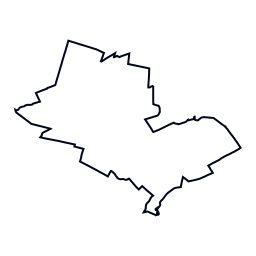 Sagu, Arad, Romania (Mercator projection)
{"feature_id": "2599482B52260231187564", "entity_name": "Sagu", "entity_type": "district", "adm_level": 2, "iso_a3": "ROU", "parent_name": "Romania", "parent_adm1": "Arad", "projection": "mercator", "projection_center": [21.357, 46.043], "detail": "fine", "context": "isolated", "style": "outline", "palette": "ink", "viewbox_px": 256, "rotation_deg": 0, "n_neighbors": 0, "source": "geoboundaries", "source_scale": "gbopen_adm2", "svg_char_len": 5094}
<svg xmlns="http://www.w3.org/2000/svg" viewBox="0 0 256 256"><path d="M212.8,172.9L211.6,170.9L211.4,170.7L211.2,170.4L210.4,169.2L210.2,168.7L210.0,168.3L209.7,167.8L208.3,165.7L212.1,163.5L213.9,162.6L214.4,162.3L215.5,161.8L216.8,161.1L217.4,160.8L218.9,160.1L219.8,159.5L221.5,158.2L222.2,157.8L223.4,157.1L223.7,156.9L225.5,156.0L226.8,155.3L228.4,154.6L229.9,153.9L232.1,152.7L233.8,151.9L235.0,151.2L236.3,150.5L238.3,149.4L240.6,147.8L239.2,145.7L236.9,142.2L234.9,139.4L234.6,138.9L232.6,136.2L232.4,135.9L230.8,134.0L230.5,133.5L230.2,133.1L228.7,131.1L228.0,130.0L227.4,129.1L226.9,128.7L225.4,127.0L225.0,126.6L225.2,126.4L222.7,124.9L217.4,120.8L213.5,118.0L211.3,117.8L208.3,117.5L205.0,117.2L203.5,117.1L201.4,117.6L200.4,118.3L198.4,120.0L197.5,120.4L195.2,120.0L194.8,118.9L194.6,118.5L194.4,118.0L194.5,117.7L194.8,117.0L194.8,116.8L194.8,116.7L194.6,116.7L194.4,116.8L194.1,117.3L193.9,118.0L193.6,118.9L193.5,119.1L188.6,120.2L188.3,119.6L187.8,119.8L186.4,121.5L184.5,122.4L178.7,124.2L178.3,124.3L177.7,123.9L176.4,123.8L175.1,123.5L174.0,122.8L173.9,122.7L171.3,123.7L158.5,130.0L153.3,132.0L152.9,131.6L151.2,128.6L145.1,119.4L151.3,117.5L157.7,115.5L158.4,114.6L159.0,113.6L159.7,112.3L159.8,111.0L159.7,109.6L159.7,108.2L159.1,106.7L158.8,106.2L158.4,105.6L157.7,105.7L154.9,104.7L153.3,104.1L153.2,101.6L153.2,95.5L153.2,90.6L153.2,85.7L153.2,85.8L151.2,86.5L150.4,87.1L149.9,87.4L148.3,87.4L148.3,86.2L148.7,80.7L149.0,75.4L149.2,70.3L149.2,68.4L128.1,64.0L129.3,53.5L121.6,56.1L119.2,57.1L117.1,55.9L114.0,57.3L113.8,57.1L115.1,53.2L106.6,58.2L101.9,61.3L101.5,61.5L100.9,61.3L101.6,59.3L102.6,56.8L103.6,53.8L104.0,53.0L96.5,49.4L83.6,45.4L82.5,45.1L72.0,41.8L68.4,40.7L67.0,45.5L66.2,48.1L65.6,50.2L65.6,50.4L64.9,52.4L64.0,55.4L63.5,57.1L62.8,59.3L61.9,62.6L60.8,66.2L60.0,69.0L59.2,71.8L58.4,74.5L57.6,77.2L56.1,82.2L55.3,85.0L52.9,86.0L51.1,86.7L47.2,88.1L47.1,88.6L45.8,89.1L43.4,90.0L38.2,92.0L35.9,93.0L37.7,96.8L40.0,101.6L32.9,103.7L32.3,104.5L31.1,104.8L29.5,104.9L27.6,104.8L25.6,105.3L24.1,106.3L23.3,106.5L21.9,106.8L20.4,107.3L19.3,108.1L18.3,109.6L17.8,110.0L15.9,110.3L15.4,109.9L15.8,111.7L16.4,112.6L30.4,123.1L31.1,123.7L31.8,124.0L32.3,124.1L48.6,128.2L50.4,128.7L50.6,128.8L44.9,131.7L43.4,132.4L42.6,133.0L42.1,133.6L41.7,135.5L41.2,136.1L40.3,137.3L46.1,138.6L58.2,140.9L64.9,142.4L74.9,144.5L74.4,146.5L83.5,148.9L81.7,154.2L80.9,158.5L80.0,161.5L86.6,164.9L89.1,166.2L97.0,170.4L100.5,172.4L104.3,174.4L107.9,176.4L109.8,172.7L110.9,171.0L111.2,171.0L111.6,171.2L112.0,171.5L113.8,173.1L114.5,173.8L115.2,174.7L115.7,175.6L117.1,177.4L117.7,178.2L119.3,179.0L120.6,179.2L121.1,179.3L121.4,179.2L121.9,179.1L122.6,179.0L123.3,179.0L124.0,179.3L125.2,179.7L126.1,179.8L127.5,179.5L128.3,179.2L128.4,178.7L128.8,178.6L129.2,178.7L131.1,181.0L136.4,187.1L138.8,189.5L142.2,186.1L147.1,190.6L149.8,192.8L153.1,195.7L152.4,196.2L151.8,196.6L151.3,197.2L150.7,198.0L150.4,198.7L149.8,199.9L149.1,201.2L148.2,202.1L147.2,203.0L146.7,203.7L146.1,204.7L145.8,206.0L145.8,207.2L145.7,208.5L145.3,209.7L144.7,210.5L143.7,212.3L147.3,211.5L147.6,211.5L147.8,211.6L148.0,211.7L148.6,212.0L148.8,212.1L149.0,212.1L149.6,212.5L149.9,212.6L150.1,212.7L150.4,212.8L150.6,212.8L151.0,213.0L151.9,213.4L152.4,213.7L152.6,213.8L153.4,214.0L153.7,214.1L153.8,214.2L154.2,214.4L154.6,214.5L155.0,214.7L155.3,215.0L155.6,215.2L155.7,215.3L156.0,215.2L156.3,215.0L156.4,214.9L156.6,214.7L156.8,214.4L156.9,214.2L157.0,213.9L157.0,213.7L157.3,213.9L157.4,214.0L157.3,214.3L157.5,214.3L157.7,214.5L157.8,214.8L158.0,214.9L158.3,214.7L158.5,214.5L158.7,214.2L158.8,213.8L158.8,213.7L158.8,213.4L158.6,213.3L158.4,213.2L158.2,213.0L158.1,212.9L158.2,212.7L158.2,212.4L157.9,212.2L157.8,211.9L157.9,211.7L157.4,211.5L157.3,211.3L157.3,211.2L157.4,210.9L157.5,210.8L157.5,210.6L157.4,210.4L157.3,210.5L157.2,210.4L157.0,210.2L156.8,210.0L156.6,210.0L156.3,210.1L156.0,210.1L155.8,210.0L155.6,209.7L155.6,209.4L155.6,209.2L156.1,208.6L156.4,208.4L156.6,208.3L156.8,208.4L156.8,208.6L157.0,208.7L157.5,208.6L157.9,208.2L158.0,208.2L158.2,207.9L158.0,207.7L157.9,207.6L157.9,207.4L158.0,207.4L158.3,207.3L158.5,207.3L159.3,206.7L159.4,206.4L159.5,206.2L159.8,205.9L159.9,205.6L160.0,205.4L160.1,205.2L160.2,204.9L160.0,203.5L159.9,202.6L160.3,201.8L160.5,201.5L161.1,200.7L161.4,200.4L161.5,200.3L162.2,199.8L162.5,199.4L163.0,198.9L163.3,198.5L163.5,198.3L163.5,198.2L164.1,197.5L164.4,197.1L164.8,196.5L164.9,196.4L165.0,196.2L165.5,195.5L166.2,194.6L166.8,193.9L167.1,193.7L167.5,193.3L167.7,193.0L167.8,192.9L168.0,192.7L168.3,192.6L168.6,192.4L168.8,192.3L168.9,192.2L169.1,192.0L169.2,191.9L169.3,191.8L170.3,191.1L170.5,191.0L170.6,190.9L170.9,190.6L171.3,190.4L172.1,189.8L172.3,189.6L172.5,189.4L173.5,188.7L173.9,188.5L174.8,188.1L175.1,188.0L176.2,187.7L176.3,187.7L180.8,187.1L180.8,186.7L180.9,186.2L181.0,185.8L181.3,184.3L182.0,180.9L182.5,179.0L182.9,177.0L185.4,178.8L187.5,180.6L188.4,181.4L193.0,180.4L195.9,179.8L197.4,179.3L199.4,178.9L200.6,178.3L204.1,176.8L208.3,174.8L210.8,173.8L212.8,172.9Z" fill="none" stroke="#020617" stroke-width="2"/></svg>